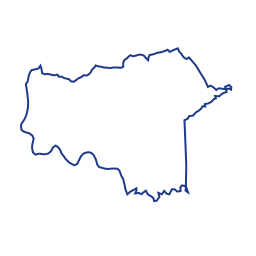 outline of Quarto Centenário, Paraná, Brazil, rotated 355°
{"feature_id": "56859067B6755584061341", "entity_name": "Quarto Centenário", "entity_type": "district", "adm_level": 2, "iso_a3": "BRA", "parent_name": "Brazil", "parent_adm1": "Paraná", "projection": "mercator", "projection_center": [-53.154, -24.316], "detail": "fine", "context": "isolated", "style": "outline", "palette": "blue", "viewbox_px": 256, "rotation_deg": 355, "n_neighbors": 0, "source": "geoboundaries", "source_scale": "gbopen_adm2", "svg_char_len": 2375}
<svg xmlns="http://www.w3.org/2000/svg" viewBox="0 0 256 256"><g transform="rotate(355 128 128)"><path d="M33.6,146.5L37.4,145.8L41.1,146.7L43.8,146.9L46.5,146.4L49.4,144.3L51.3,141.1L54.2,139.2L56.7,141.0L58.6,144.2L59.6,147.7L61.5,150.4L63.2,153.5L66.7,157.6L71.4,160.5L74.3,159.3L78.7,152.0L81.7,149.5L85.0,148.7L87.7,148.9L90.0,150.2L91.4,152.0L93.1,156.0L93.7,158.7L94.1,161.6L95.7,164.3L99.7,165.8L102.0,166.6L104.8,167.1L108.3,167.0L113.8,167.6L115.9,170.1L117.1,174.9L118.7,178.1L119.3,182.3L119.9,185.6L119.9,188.1L121.6,194.0L124.8,191.6L128.1,190.2L131.1,188.9L130.8,191.4L129.5,193.8L133.2,193.6L135.6,195.1L138.1,193.3L140.4,192.0L141.9,195.8L145.0,198.0L147.2,200.0L147.6,203.0L150.1,203.0L153.3,199.3L152.6,195.3L155.9,197.0L158.6,193.8L160.8,196.8L163.3,197.7L164.8,195.5L166.4,192.8L169.2,193.2L171.5,195.6L174.8,195.4L175.0,191.8L176.7,189.9L180.6,191.0L182.8,170.3L184.8,128.3L184.9,125.2L188.6,123.8L189.7,121.6L194.0,121.3L196.6,118.6L200.5,116.6L202.8,114.8L204.2,112.8L206.9,113.3L206.6,110.9L210.3,110.5L213.6,109.0L216.0,106.8L218.1,106.1L217.5,103.7L221.5,104.4L224.4,102.3L226.8,101.2L229.2,100.9L229.5,98.1L224.1,96.8L221.5,96.4L219.2,97.8L216.3,94.5L213.5,93.0L211.2,94.1L208.7,86.9L207.4,84.3L204.3,78.2L201.1,71.7L194.9,63.0L192.7,64.3L190.5,63.4L188.7,61.0L187.7,58.8L185.7,56.5L184.5,53.0L180.7,54.1L176.3,55.8L174.3,53.5L172.1,54.3L168.0,55.3L163.9,55.6L160.5,56.5L158.4,57.0L156.0,57.1L154.7,59.2L153.9,62.2L152.0,59.9L149.9,57.0L146.1,55.8L143.2,56.4L139.3,57.0L136.8,55.7L134.8,56.9L132.9,58.6L130.3,60.0L128.9,62.6L128.5,66.7L125.9,67.4L122.3,66.8L119.1,66.4L115.3,66.7L112.3,66.1L109.4,65.7L106.6,64.7L103.4,63.8L101.2,62.9L99.8,64.8L97.4,66.6L95.7,69.2L94.0,70.9L91.5,72.1L88.3,71.6L85.9,73.3L83.0,74.1L80.6,75.7L78.0,77.2L75.2,76.5L73.5,74.3L70.6,73.3L68.5,72.6L66.4,71.1L63.6,70.9L62.4,68.7L59.3,69.1L56.3,68.3L53.0,67.1L49.6,67.2L47.2,65.8L47.0,61.8L46.2,58.3L44.0,60.9L39.9,61.6L37.0,61.9L35.4,63.8L33.8,66.9L32.2,72.6L30.1,75.6L30.7,85.0L30.8,93.5L30.5,95.9L30.0,99.4L28.9,103.1L27.9,106.1L26.2,109.4L24.5,111.7L22.0,114.8L21.5,117.6L21.8,120.8L24.6,122.9L28.9,124.6L32.0,127.1L33.1,130.2L31.7,134.7L30.7,138.4L30.8,140.9L31.2,144.1L33.6,146.5ZM229.5,98.1L232.1,97.5L234.0,98.8L234.5,96.3L232.4,94.0L228.3,95.4L229.5,98.1ZM180.6,191.0L179.9,195.4L182.1,197.3L180.6,191.0Z" fill="none" stroke="#1e3a8a" stroke-width="2"/></g></svg>